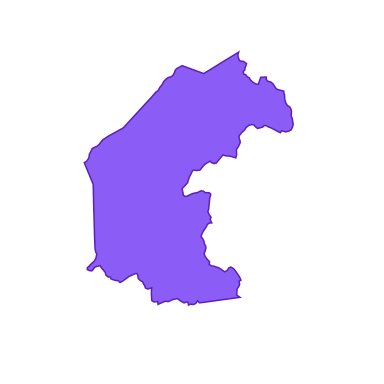 Várzea Alegre, Ceará, Brazil (orthographic projection), rotated 151°
{"feature_id": "56859067B27179773090009", "entity_name": "Várzea Alegre", "entity_type": "district", "adm_level": 2, "iso_a3": "BRA", "parent_name": "Brazil", "parent_adm1": "Ceará", "projection": "orthographic", "projection_center": [-39.32, -6.742], "detail": "fine", "context": "isolated", "style": "filled", "palette": "violet", "viewbox_px": 384, "rotation_deg": 151, "n_neighbors": 0, "source": "geoboundaries", "source_scale": "gbopen_adm2", "svg_char_len": 3425}
<svg xmlns="http://www.w3.org/2000/svg" viewBox="0 0 384 384"><g transform="rotate(151 192 192)"><path d="M175.2,296.9L181.0,294.7L185.4,293.3L221.1,281.4L225.5,281.4L239.2,281.4L241.4,281.1L244.4,281.0L247.1,280.0L249.8,278.8L252.8,278.0L255.7,278.4L258.3,278.3L261.1,276.3L263.5,274.8L264.6,273.1L265.9,271.7L267.6,270.8L269.6,269.9L272.0,269.9L272.8,263.4L274.7,246.6L287.1,223.0L288.3,220.5L299.4,199.2L304.4,189.1L305.3,186.4L305.4,183.7L306.9,182.2L308.1,180.7L311.0,178.9L314.0,178.2L315.9,177.8L317.8,177.1L320.3,176.5L321.2,174.9L319.9,173.0L317.8,171.6L316.0,172.1L313.6,173.4L311.2,173.0L307.9,172.0L308.1,169.8L307.3,166.4L306.9,163.6L307.6,160.7L306.6,158.4L304.7,157.4L305.0,155.4L303.7,153.7L301.6,151.6L299.5,150.1L298.8,147.7L295.4,147.7L290.9,148.3L287.8,148.6L283.3,148.3L280.3,147.9L279.5,146.2L281.0,142.4L280.1,139.5L278.6,137.3L279.0,135.5L278.8,133.0L279.3,130.6L277.8,128.6L273.8,127.7L274.9,126.0L276.9,122.6L278.6,119.1L279.8,116.7L278.8,114.5L277.0,113.5L275.2,112.8L276.2,110.1L274.0,110.0L271.9,109.8L268.2,109.4L266.1,107.7L263.5,107.4L261.1,107.3L256.5,105.9L254.9,102.4L252.7,98.8L250.1,98.6L249.0,97.1L249.9,94.9L247.6,94.6L245.2,92.8L242.6,92.8L239.9,94.1L239.2,91.4L236.7,90.4L201.1,76.6L202.8,80.0L201.2,82.8L199.5,85.4L196.7,86.8L195.1,88.2L194.1,91.1L192.0,91.1L191.7,93.4L191.7,96.0L192.1,100.4L192.5,103.3L192.9,105.0L194.4,107.5L196.5,107.8L198.2,106.8L200.0,106.2L202.3,106.5L203.7,109.8L205.4,112.8L208.7,116.4L210.6,117.8L212.1,120.3L210.4,122.6L211.3,125.6L211.6,127.7L211.7,130.0L211.1,132.5L209.4,133.7L207.0,136.2L206.2,138.1L206.3,140.4L205.4,143.3L205.3,145.8L205.7,148.4L204.5,149.9L203.0,150.9L201.3,152.1L198.7,153.5L196.2,154.7L194.5,156.0L192.1,156.5L189.7,155.4L189.6,157.8L189.1,159.6L187.6,160.6L187.9,163.2L187.7,167.0L185.6,169.1L181.0,175.8L179.5,178.0L177.8,179.6L176.6,181.1L177.4,183.1L180.9,185.2L181.6,187.3L183.8,188.7L187.7,188.9L190.0,189.7L192.0,190.3L195.8,190.7L198.2,190.7L200.3,191.6L201.2,193.6L200.3,195.4L199.8,197.4L198.9,199.8L196.6,200.5L194.0,201.3L191.3,202.3L189.8,203.9L186.3,206.9L184.2,208.2L181.3,210.3L179.3,210.1L177.6,208.5L174.2,207.3L169.5,209.3L166.6,210.1L161.3,210.2L160.6,208.1L158.9,206.2L157.0,205.5L146.9,209.4L145.0,207.3L142.8,205.9L140.6,204.2L137.2,200.6L134.9,202.9L133.8,205.1L132.7,207.5L129.3,209.3L125.8,211.9L125.0,214.1L124.8,216.0L123.6,218.2L120.0,219.8L116.2,220.6L113.8,222.0L110.2,222.8L107.2,222.1L105.4,220.7L104.9,218.5L103.9,215.8L100.4,214.9L98.6,214.5L96.8,215.1L94.8,214.0L93.7,211.9L92.0,210.0L90.3,207.5L88.7,205.0L87.4,202.9L85.9,201.0L84.1,202.1L82.6,200.9L80.9,199.1L77.5,198.3L75.2,198.3L72.8,199.9L70.7,202.1L69.6,205.2L68.6,207.9L68.5,210.0L67.1,212.4L66.0,214.1L65.2,216.8L65.3,219.4L66.6,221.3L66.8,224.5L65.8,228.4L64.9,230.2L64.0,231.9L63.7,233.9L62.8,235.8L64.8,237.6L67.0,239.7L68.2,241.3L68.5,243.8L68.7,247.3L69.7,249.9L72.2,252.4L72.4,254.6L71.3,256.5L73.0,257.4L76.3,259.0L78.4,257.1L81.8,254.1L83.7,255.5L85.7,258.7L86.6,262.2L86.6,264.3L87.8,265.7L88.1,268.4L89.6,270.1L88.8,272.5L86.6,273.2L85.3,275.0L83.5,276.4L82.0,277.9L83.8,281.4L86.6,283.4L86.6,285.5L85.9,288.4L85.0,290.2L83.4,291.7L97.6,291.1L102.4,290.9L124.3,289.9L130.5,297.0L139.4,307.3L142.3,307.3L145.1,307.4L147.3,306.8L149.7,304.8L152.3,303.2L155.0,303.0L157.3,303.7L160.1,303.3L163.4,302.3L164.9,301.2L166.5,300.2L169.0,299.3L172.6,297.1L175.2,296.9Z" fill="#8b5cf6" stroke="#5b21b6" stroke-width="1.5"/></g></svg>